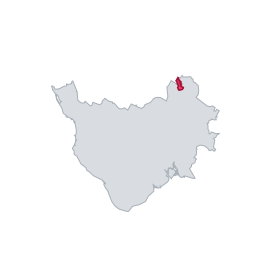 location of Feijó, Acre, Brazil, rotated 119°
{"feature_id": "56859067B34777651635639", "entity_name": "Feijó", "entity_type": "district", "adm_level": 2, "iso_a3": "BRA", "parent_name": "Brazil", "parent_adm1": "Acre", "projection": "natural_earth1", "projection_center": [-71.035, -8.896], "detail": "fine", "context": "in_parent", "style": "filled", "palette": "rose", "viewbox_px": 256, "rotation_deg": 119, "n_neighbors": 0, "source": "geoboundaries", "source_scale": "gbopen_adm2", "svg_char_len": 5105}
<svg xmlns="http://www.w3.org/2000/svg" viewBox="0 0 256 256"><g transform="rotate(119 128 128)"><path d="M80.1,58.8L82.2,60.8L84.7,59.9L85.5,61.2L87.0,59.3L90.4,57.4L91.2,55.7L93.4,54.7L93.6,53.5L91.0,53.1L90.3,48.3L88.2,45.2L91.1,46.8L93.7,46.7L95.6,48.3L96.2,46.4L102.7,44.1L104.2,42.5L104.1,41.0L106.0,40.9L106.6,41.6L106.0,44.1L107.7,44.7L108.3,46.7L107.1,48.3L106.6,52.3L107.9,56.5L111.0,58.9L112.3,58.5L113.0,57.2L114.2,57.5L117.7,55.3L122.1,56.0L121.5,54.2L122.2,53.0L123.0,53.5L125.9,52.7L129.2,54.8L130.6,53.8L133.7,54.5L139.4,45.0L140.4,46.0L142.3,54.8L143.3,56.1L145.3,56.9L145.5,59.1L142.2,63.3L140.2,64.6L137.5,70.3L134.8,71.2L137.6,71.3L141.7,68.4L142.4,72.1L143.5,73.2L147.7,72.0L146.5,76.1L148.1,72.8L150.1,70.9L151.0,71.4L151.5,70.9L151.1,69.4L152.4,67.5L155.6,67.1L162.6,70.3L163.1,71.9L164.1,70.8L165.7,72.0L166.1,73.4L165.3,74.3L165.6,74.8L166.5,73.9L166.7,74.8L165.9,75.7L165.4,78.5L166.5,77.4L167.3,75.3L167.4,76.8L170.6,74.8L177.9,77.2L183.7,77.0L189.4,80.8L194.3,86.1L200.6,87.1L201.7,89.1L203.3,96.7L202.5,101.7L200.0,106.8L193.0,115.1L193.0,114.4L191.6,118.2L189.4,121.5L188.4,122.0L187.7,120.5L187.1,121.3L186.1,124.8L186.5,135.0L185.0,140.9L185.1,143.2L183.1,145.7L182.3,151.6L177.5,159.0L177.1,162.4L174.4,163.8L173.0,166.7L169.5,166.8L168.9,165.7L168.5,166.9L163.2,167.2L163.4,168.1L159.9,170.5L158.0,170.5L154.6,172.4L150.2,176.0L149.4,177.7L148.6,177.1L148.3,177.9L147.4,177.5L148.6,178.5L147.5,179.7L147.1,181.6L147.6,185.7L146.4,191.9L142.7,195.4L138.0,203.9L133.7,207.8L133.6,206.5L136.6,204.9L139.4,200.3L139.5,199.4L137.8,199.9L136.9,198.5L137.3,199.9L136.7,201.7L134.1,204.5L133.2,206.8L133.3,208.0L131.2,212.4L128.4,215.1L127.9,214.7L128.0,212.5L129.5,210.6L127.4,207.5L122.3,204.0L120.9,202.1L119.3,203.1L119.2,201.8L116.5,198.8L115.0,199.6L113.6,199.1L120.2,191.0L121.0,191.0L120.8,190.2L128.0,185.4L128.8,181.4L127.6,178.5L125.4,178.5L127.0,171.6L125.6,170.5L122.6,171.2L121.4,164.0L119.0,162.8L117.1,163.6L113.2,162.6L113.9,157.9L112.8,154.2L113.9,153.4L112.9,152.3L115.4,145.5L114.2,142.3L112.1,141.1L112.4,136.9L105.4,136.8L105.2,133.3L103.9,131.6L105.1,131.5L104.3,125.7L102.1,124.4L99.4,124.5L94.6,120.7L89.4,119.7L87.2,117.6L85.7,114.4L85.7,107.5L81.2,108.4L73.4,113.8L71.1,113.1L65.6,113.3L66.0,106.3L63.4,108.7L59.7,108.8L59.0,106.6L55.8,106.2L56.7,104.3L52.7,97.9L53.8,96.8L53.7,95.0L56.1,93.1L55.7,91.4L57.0,87.1L61.0,84.3L65.0,82.8L68.2,83.4L70.4,69.6L69.5,66.5L67.8,64.9L67.9,61.7L71.4,61.3L70.8,59.6L68.7,59.5L68.7,56.6L75.1,56.6L75.1,55.4L76.1,56.5L78.1,54.8L79.2,56.7L79.4,59.0L80.1,58.8ZM144.2,64.8L151.3,65.6L149.6,70.4L148.3,70.5L148.0,71.4L147.0,71.0L145.8,72.2L143.1,72.2L142.2,69.8L142.9,69.2L142.0,68.3L142.6,65.5L144.2,64.8ZM138.0,70.6L139.2,67.2L140.3,66.7L140.2,68.8L138.0,70.6ZM146.1,63.1L145.4,64.4L143.8,64.1L144.1,63.2L146.1,63.1ZM143.7,61.6L143.4,64.3L142.7,64.0L143.7,61.6ZM147.2,64.8L146.2,64.9L145.8,64.7L147.0,63.9L147.2,64.8ZM142.6,64.8L141.5,65.7L141.1,65.3L141.9,64.5L142.6,64.8ZM144.5,62.5L144.0,62.0L144.9,61.4L145.0,61.9L144.5,62.5ZM143.9,55.6L143.3,55.8L143.2,54.8L143.8,54.7L143.9,55.6ZM147.8,188.3L147.6,187.4L148.1,186.6L148.2,186.9L147.8,188.3ZM160.6,170.2L160.7,171.1L160.0,170.9L160.6,170.2ZM147.7,182.2L147.4,181.7L147.9,181.1L148.1,181.3L147.7,182.2ZM166.3,76.8L165.9,77.8L166.3,76.4L166.3,76.8ZM188.0,122.2L187.3,122.4L187.8,121.7L188.0,122.2ZM165.1,167.5L164.4,167.9L164.2,167.7L164.7,167.2L165.1,167.5ZM186.8,124.0L186.5,124.5L186.3,124.2L186.8,124.0ZM164.4,69.9L164.5,70.5L164.3,70.4L164.4,69.9Z" fill="#d9dde1" stroke="#a8b0b8" stroke-width="1"/><path d="M70.2,101.5L67.9,99.2L66.1,99.0L65.9,99.1L65.9,99.3L65.7,99.4L65.7,99.5L65.7,99.8L65.8,99.9L65.9,100.0L65.9,100.4L66.0,100.6L65.9,100.7L65.9,100.8L65.7,101.3L65.5,101.6L65.5,101.8L65.6,102.0L65.4,102.0L65.5,102.2L65.3,102.4L65.3,102.6L65.2,102.6L64.9,102.8L64.7,102.7L64.4,102.7L64.4,102.8L64.3,103.0L64.2,103.0L64.2,102.9L64.2,103.0L64.1,103.3L64.0,103.2L64.0,103.3L64.0,103.2L64.0,103.3L63.9,103.3L63.7,103.4L63.7,103.5L63.6,103.4L63.6,103.5L63.4,103.5L63.2,103.7L63.3,103.6L63.2,103.6L63.0,103.8L63.0,103.7L63.0,103.8L62.9,103.8L62.7,103.8L62.4,103.8L62.2,103.9L62.2,104.0L62.1,104.3L62.0,104.5L61.9,104.7L62.0,104.8L61.9,104.8L62.0,104.8L61.9,104.9L61.9,105.0L61.9,105.3L61.8,105.2L61.8,105.3L61.7,105.4L61.7,105.5L61.5,105.8L61.5,106.0L61.5,106.3L61.4,106.3L61.3,106.5L61.2,106.5L61.2,106.8L61.1,107.0L60.9,107.2L60.9,107.3L60.7,107.4L60.7,107.6L60.4,107.7L60.3,107.8L60.3,107.7L60.0,107.8L59.9,107.9L59.8,108.0L59.9,108.3L59.8,108.5L59.7,108.8L62.8,108.8L62.9,108.7L62.9,108.8L62.9,108.7L63.0,108.7L63.1,108.8L63.2,108.7L63.3,108.7L63.5,108.7L63.6,108.4L63.8,108.1L64.0,108.0L63.9,108.0L63.9,107.8L63.9,107.7L64.0,107.5L64.1,107.2L64.4,107.0L64.5,106.7L64.8,106.4L65.1,106.4L65.2,106.2L65.3,106.2L65.7,106.0L65.7,105.7L65.9,105.3L66.1,105.0L66.2,104.8L66.4,104.8L66.4,104.7L66.6,104.4L66.9,104.2L67.4,104.2L67.8,104.2L68.6,104.2L68.8,104.0L68.9,103.6L69.0,103.5L69.0,103.4L69.4,102.9L69.5,102.9L69.8,102.8L69.8,102.6L69.8,102.4L69.9,102.2L70.0,102.1L70.0,101.9L70.2,101.7L70.2,101.5Z" fill="#f43f5e" stroke="#9f1239" stroke-width="1.5"/></g></svg>